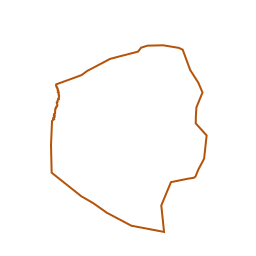 Delgerxangai, Dundgovi, Mongolia (orthographic projection), rotated 18°
{"feature_id": "93677404B47502950424031", "entity_name": "Delgerxangai", "entity_type": "district", "adm_level": 2, "iso_a3": "MNG", "parent_name": "Mongolia", "parent_adm1": "Dundgovi", "projection": "orthographic", "projection_center": [104.19, 45.142], "detail": "fine", "context": "isolated", "style": "outline", "palette": "amber", "viewbox_px": 256, "rotation_deg": 18, "n_neighbors": 0, "source": "geoboundaries", "source_scale": "gbopen_adm2", "svg_char_len": 2553}
<svg xmlns="http://www.w3.org/2000/svg" viewBox="0 0 256 256"><g transform="rotate(18 128 128)"><path d="M194.4,215.7L183.6,191.4L185.6,166.2L200.5,157.8L206.0,155.0L207.2,153.2L207.7,146.0L209.6,135.3L209.8,133.4L205.1,110.8L191.0,102.7L188.8,95.4L186.7,87.2L187.9,71.2L180.8,63.1L169.2,53.6L155.8,36.6L151.5,36.1L135.8,38.5L121.0,43.7L115.6,47.6L114.0,52.2L96.6,63.3L89.5,67.9L71.6,86.3L67.5,92.0L46.7,108.3L46.2,108.7L46.2,108.9L46.3,109.1L46.4,109.5L46.5,109.8L46.7,110.0L46.8,110.1L46.9,110.3L46.9,110.5L47.0,110.6L47.3,110.7L47.5,110.7L47.6,111.0L47.6,111.4L47.7,111.6L47.9,111.7L48.0,111.8L48.3,111.9L48.5,111.9L48.8,112.0L48.8,112.5L49.0,112.8L49.3,112.9L49.4,113.0L49.3,113.4L49.3,113.6L49.6,113.8L50.0,114.0L50.5,114.4L50.5,114.6L50.5,114.8L50.3,115.0L50.2,115.1L50.1,115.4L50.1,115.5L50.3,115.6L50.6,115.5L50.8,115.5L50.9,115.8L51.1,116.0L51.3,116.0L51.4,116.4L51.3,116.5L51.3,116.8L51.5,117.0L51.8,117.3L51.7,117.6L51.7,117.8L51.8,118.0L52.1,118.3L52.3,118.5L52.5,118.6L52.6,118.8L52.7,119.1L52.7,119.5L52.7,119.8L52.7,120.0L52.8,120.4L52.9,120.5L53.0,120.9L53.0,121.1L52.9,121.1L52.7,121.3L52.6,121.5L52.9,121.7L53.1,121.7L53.3,121.8L53.4,122.0L53.2,122.2L53.1,122.3L52.9,122.5L52.7,122.7L52.7,122.9L52.6,123.0L52.6,123.3L52.7,123.5L52.7,123.8L52.6,124.0L52.7,124.3L52.8,124.4L52.9,124.5L52.9,124.8L53.0,125.0L52.9,125.2L52.8,125.3L52.7,125.3L52.4,125.4L52.3,125.5L52.3,125.8L52.4,126.0L53.7,127.9L53.7,128.2L53.8,128.4L53.8,128.6L53.7,128.8L53.7,129.0L53.8,129.3L53.8,129.5L53.7,129.7L53.4,129.7L53.2,129.8L53.2,130.1L53.2,130.3L53.3,130.5L53.3,130.8L53.2,130.9L53.1,131.0L53.0,131.3L53.3,131.5L53.3,131.8L53.2,131.9L53.1,132.0L53.0,132.3L53.1,132.5L53.2,132.9L53.1,133.1L53.1,133.3L53.2,133.5L53.3,133.7L53.4,133.9L53.4,134.2L53.5,134.7L53.7,135.3L53.8,135.6L53.9,136.0L54.0,136.4L54.1,136.5L53.9,136.8L53.9,137.2L53.8,137.4L53.7,137.5L53.4,137.7L53.5,137.9L53.6,138.0L53.8,138.1L53.7,138.3L53.5,138.5L53.5,138.8L53.6,139.0L54.0,139.0L54.3,139.0L54.5,139.1L54.4,139.3L54.2,139.5L54.3,139.8L54.5,139.9L54.7,140.1L54.8,140.2L54.8,140.3L54.7,140.3L54.4,140.4L54.2,140.4L54.2,140.5L54.4,140.9L54.5,141.1L54.5,141.3L54.5,141.5L54.4,141.6L54.1,141.6L53.9,141.6L53.7,141.7L53.7,141.8L53.8,142.0L54.0,142.2L54.0,142.5L54.3,142.6L54.6,142.6L54.8,142.7L54.7,142.8L54.6,143.0L54.4,143.2L54.2,143.3L54.1,143.5L54.1,143.8L54.0,144.0L53.9,144.1L53.8,144.3L53.7,144.7L53.7,144.9L53.6,145.1L53.6,145.4L53.8,145.6L60.1,168.2L69.2,194.1L104.5,207.3L118.4,210.3L134.2,215.2L161.4,219.9L194.4,215.7Z" fill="none" stroke="#b45309" stroke-width="2"/></g></svg>